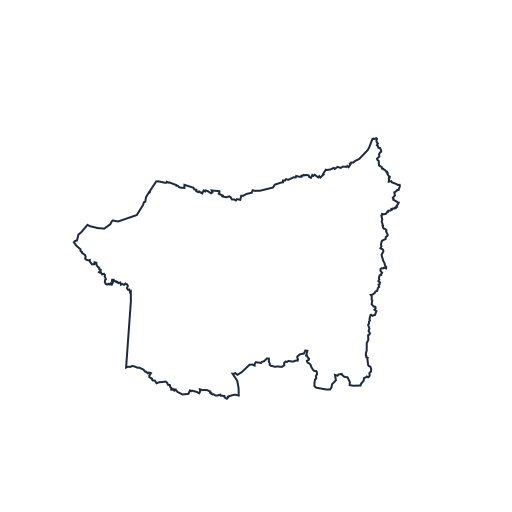 Banphot Phisai, Nakhon Sawan, Thailand (Albers equal-area conic projection), rotated 33°
{"feature_id": "78962969B36758461093431", "entity_name": "Banphot Phisai", "entity_type": "district", "adm_level": 2, "iso_a3": "THA", "parent_name": "Thailand", "parent_adm1": "Nakhon Sawan", "projection": "albers", "projection_center": [100.023, 16.015], "detail": "fine", "context": "isolated", "style": "outline", "palette": "slate", "viewbox_px": 512, "rotation_deg": 33, "n_neighbors": 0, "source": "geoboundaries", "source_scale": "gbopen_adm2", "svg_char_len": 6145}
<svg xmlns="http://www.w3.org/2000/svg" viewBox="0 0 512 512"><g transform="rotate(33 256 256)"><path d="M371.8,195.6L371.3,194.4L369.3,193.6L367.4,191.8L365.6,191.0L360.7,186.7L360.3,182.8L359.5,181.7L358.3,181.4L356.2,181.8L355.9,179.5L354.5,178.3L353.3,174.7L355.4,171.2L354.5,169.3L355.2,167.8L355.0,166.6L351.6,164.4L351.3,163.3L349.1,163.0L348.2,163.5L347.0,162.9L346.0,161.4L345.5,161.5L344.7,160.2L342.7,158.8L342.1,156.7L339.1,153.8L339.5,152.9L338.9,152.0L340.6,151.3L342.1,149.7L342.0,147.4L342.6,147.1L342.3,145.9L343.9,144.8L344.4,143.8L343.9,142.8L344.9,142.5L344.8,141.7L345.8,141.1L346.3,139.6L346.9,140.0L347.2,139.6L346.8,138.7L347.5,137.9L346.5,137.0L346.9,135.5L346.6,133.7L345.9,134.2L345.1,133.7L340.4,134.0L340.0,133.0L339.0,132.6L339.6,129.6L337.3,127.3L338.3,125.5L338.4,123.7L339.6,123.1L338.7,119.2L337.7,118.1L336.0,119.3L334.8,119.1L330.0,120.2L328.7,119.6L326.8,121.4L326.0,119.5L325.4,119.2L325.0,118.1L325.5,117.6L325.0,116.6L324.1,116.8L321.7,115.7L321.3,114.7L320.4,114.9L320.0,114.0L319.3,114.4L317.8,113.7L315.8,113.9L315.3,113.5L314.0,114.1L313.0,112.9L309.9,113.1L307.1,109.4L305.3,109.2L304.5,108.6L305.2,105.3L303.7,103.6L303.7,101.5L304.2,100.4L303.8,99.6L301.3,97.9L299.7,98.6L298.2,97.3L297.1,97.3L296.9,95.2L295.7,95.0L294.3,93.9L293.6,91.8L292.6,91.7L291.3,93.7L290.3,93.7L289.9,94.5L291.8,103.3L292.0,106.4L289.7,118.4L287.3,122.4L286.6,124.7L284.9,125.8L284.5,127.4L285.3,127.5L285.3,131.1L283.5,130.8L283.4,131.9L280.1,133.8L279.1,136.0L275.9,136.8L274.6,140.1L273.3,139.7L271.3,142.9L268.3,145.5L267.5,145.6L267.6,150.7L268.3,150.8L267.2,155.2L265.6,154.6L265.4,156.2L260.9,155.9L260.4,157.7L259.1,157.5L259.5,160.5L257.5,160.7L256.3,159.7L254.0,160.6L253.8,161.1L251.8,162.1L252.1,162.5L250.4,163.9L251.0,164.7L249.4,165.9L246.1,167.0L246.5,168.5L244.8,169.4L241.6,174.5L239.2,175.3L239.3,177.0L237.5,178.0L238.5,179.5L237.0,180.8L232.9,185.9L233.0,189.3L223.9,199.0L219.7,201.9L217.4,202.7L217.9,205.4L214.4,208.9L212.4,212.6L210.8,213.5L212.2,217.5L209.0,218.7L208.9,220.4L207.0,220.4L205.0,221.7L202.7,220.5L201.2,220.5L199.0,223.0L195.3,224.3L195.2,223.4L190.9,224.1L190.5,222.1L189.9,221.6L183.1,225.2L184.8,226.4L184.2,227.9L180.1,227.9L178.0,228.5L178.2,229.5L176.4,229.6L176.8,232.4L176.4,232.3L176.4,232.9L173.1,232.8L173.1,233.8L170.6,234.2L169.9,232.9L167.9,233.8L166.4,232.8L157.2,235.3L158.9,237.9L155.8,239.6L154.1,240.2L152.2,239.7L151.0,240.4L150.6,239.9L143.3,241.5L143.0,242.0L140.8,242.3L141.0,243.3L139.5,244.3L133.8,246.4L131.7,247.8L131.6,259.7L132.1,259.8L132.2,260.8L131.6,261.0L131.6,264.1L131.8,266.8L133.6,270.8L132.7,272.0L133.5,274.7L133.7,286.6L121.5,302.2L116.5,304.2L116.2,305.3L116.5,308.7L113.8,315.7L108.0,318.8L100.6,321.4L97.7,321.7L96.5,331.3L95.4,334.7L97.4,340.5L96.1,341.9L95.7,343.6L99.6,345.2L105.2,346.0L106.2,347.4L107.9,347.4L108.2,348.1L112.1,348.3L113.6,349.5L114.2,351.3L115.0,351.6L117.8,351.0L118.8,349.9L119.6,351.1L123.0,352.3L124.8,351.0L124.0,349.2L125.8,348.6L126.9,350.2L129.2,351.3L130.8,351.3L131.6,352.3L133.3,352.1L133.7,353.0L133.1,355.0L134.2,355.0L134.9,354.2L136.9,355.3L138.2,353.7L139.7,354.2L140.3,355.6L142.7,357.1L142.5,358.2L143.3,360.1L145.2,361.3L146.6,361.1L147.3,359.7L148.4,359.8L149.0,358.1L150.1,358.9L150.7,358.7L150.2,355.3L149.7,355.0L148.9,355.6L148.3,354.2L149.6,353.4L151.5,354.0L152.2,353.5L153.2,354.0L153.8,353.2L155.3,353.7L156.5,352.2L158.3,353.6L158.8,352.3L161.0,352.1L161.5,350.2L162.6,350.4L163.4,350.0L164.9,351.0L165.3,353.3L167.1,354.0L168.1,353.1L170.0,354.9L170.3,353.9L175.7,362.1L207.8,420.3L208.9,418.6L211.0,417.5L211.9,415.8L214.3,414.8L217.5,414.2L219.0,413.2L223.5,412.6L226.1,413.4L226.8,412.9L229.2,413.3L229.7,412.0L231.7,411.4L231.7,414.6L232.6,415.7L235.6,415.5L235.7,416.0L237.1,416.6L239.2,415.6L241.9,416.9L243.3,414.9L248.7,410.5L250.4,410.7L252.6,412.0L253.9,411.1L255.4,412.6L256.8,412.7L257.6,414.3L258.4,414.0L258.9,412.7L260.5,413.3L260.3,412.3L261.3,411.7L261.7,412.4L262.7,412.2L264.2,412.8L269.9,412.1L274.4,408.4L273.8,404.7L275.3,404.7L275.6,403.8L280.6,402.2L283.1,402.1L283.0,400.1L281.5,398.4L284.0,397.7L288.0,395.1L291.5,394.6L291.9,395.7L293.3,395.3L293.6,395.9L295.1,395.8L295.8,395.0L297.9,395.1L299.2,394.4L301.6,391.7L302.5,392.4L305.7,390.6L306.7,391.7L309.3,391.6L309.6,389.7L309.0,389.2L312.0,385.6L313.8,383.8L317.5,382.4L313.2,376.1L308.1,370.8L300.5,367.5L301.5,367.0L302.4,365.5L305.1,365.8L307.3,361.2L309.8,350.7L311.9,349.1L314.5,348.7L313.6,346.9L313.7,345.2L318.5,342.9L318.5,342.0L320.1,339.7L321.0,335.9L322.7,335.0L324.2,337.5L326.1,338.7L326.8,339.8L328.2,340.0L332.6,338.4L333.7,337.2L338.1,334.9L339.3,332.3L337.8,330.3L338.2,328.5L339.7,328.0L340.3,326.4L344.6,324.4L346.7,321.6L347.9,321.1L347.6,319.9L345.9,318.7L345.4,317.6L346.4,314.6L349.3,311.7L348.8,308.4L350.7,307.5L352.2,312.1L352.9,311.6L354.7,313.0L356.5,313.3L356.8,314.3L355.8,316.2L357.2,317.3L359.2,317.1L361.4,317.7L362.6,318.9L366.4,320.6L367.7,320.5L369.2,319.7L370.5,320.5L371.6,321.9L371.6,323.8L373.2,325.9L372.8,327.6L374.6,331.4L376.0,333.4L378.4,333.6L388.0,329.5L390.8,327.6L390.9,325.2L389.6,322.1L390.7,316.7L387.0,312.7L389.5,312.0L389.8,310.4L392.1,308.2L392.8,308.8L395.9,309.2L398.9,307.9L403.3,310.6L404.9,313.3L408.3,311.8L414.2,307.7L413.7,306.0L414.2,302.0L413.1,299.4L414.3,297.9L414.6,296.7L416.0,296.7L416.6,295.4L416.4,294.4L414.9,292.5L415.3,290.1L414.0,287.9L412.0,286.5L410.6,286.8L409.6,286.5L405.8,282.1L405.2,280.6L403.8,280.9L403.1,279.8L402.5,279.8L401.1,277.7L400.4,275.1L396.3,268.7L395.9,265.2L393.3,261.6L393.2,260.9L393.9,260.2L393.6,258.7L391.2,257.5L390.6,255.0L387.6,252.8L387.5,251.0L386.5,249.6L386.7,248.1L385.5,247.1L384.2,243.2L384.5,242.6L386.4,242.7L386.8,241.7L387.9,240.8L387.0,236.7L384.6,236.5L384.8,234.7L383.7,233.6L382.2,234.3L379.3,233.5L377.7,229.9L376.8,229.6L375.0,226.8L373.5,226.1L374.5,225.3L375.7,222.4L375.5,220.8L376.6,219.4L375.7,216.4L376.1,214.8L374.4,213.2L375.0,212.5L374.3,210.6L372.5,210.6L372.1,209.5L372.3,208.6L371.1,207.6L370.2,204.9L371.3,203.7L370.7,202.6L370.9,201.4L368.4,200.6L367.5,198.9L368.1,197.8L369.3,197.2L369.8,196.0L371.8,195.6Z" fill="none" stroke="#1e293b" stroke-width="2"/></g></svg>